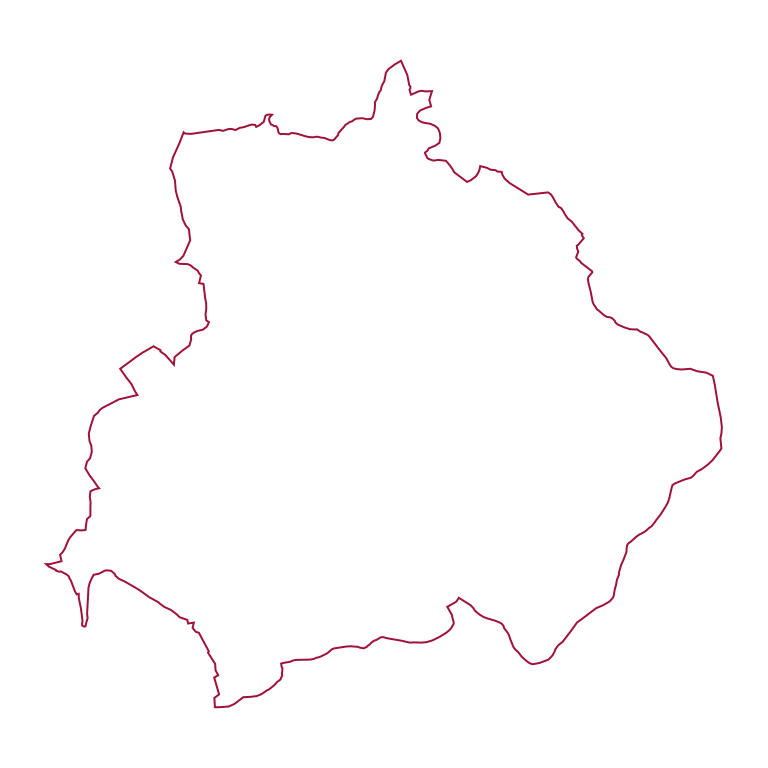 the district of Poiana Ilvei, Bistrita-Nasaud, Romania
{"feature_id": "2599482B95786462044343", "entity_name": "Poiana Ilvei", "entity_type": "district", "adm_level": 2, "iso_a3": "ROU", "parent_name": "Romania", "parent_adm1": "Bistrita-Nasaud", "projection": "orthographic", "projection_center": [24.751, 47.354], "detail": "fine", "context": "isolated", "style": "outline", "palette": "rose", "viewbox_px": 768, "rotation_deg": 0, "n_neighbors": 0, "source": "geoboundaries", "source_scale": "gbopen_adm2", "svg_char_len": 6031}
<svg xmlns="http://www.w3.org/2000/svg" viewBox="0 0 768 768"><path d="M214.9,707.2L219.2,707.2L228.8,706.5L234.5,703.9L243.3,697.2L251.2,696.8L256.5,696.1L261.4,694.2L267.0,690.3L269.0,689.4L274.5,685.0L277.1,682.0L280.5,679.5L281.1,677.7L282.2,675.7L281.9,673.4L282.3,671.3L282.4,668.1L281.7,667.0L281.1,663.6L282.9,663.0L290.0,661.8L293.1,660.5L296.2,659.9L310.1,659.6L314.0,658.9L316.6,657.6L318.1,657.5L321.0,656.4L326.1,653.9L328.1,652.6L331.6,649.5L334.0,648.4L346.5,646.5L350.9,646.3L357.5,646.8L360.6,647.8L363.8,648.3L366.7,646.9L367.9,645.6L369.8,644.5L371.2,642.8L373.7,640.9L376.9,639.7L380.4,637.5L382.0,637.2L383.1,637.1L386.8,638.2L402.0,640.8L409.6,642.6L414.1,642.4L422.0,642.6L426.7,642.1L432.4,640.4L439.5,636.9L445.9,633.0L448.9,630.6L451.2,628.2L453.5,624.1L453.7,622.8L453.5,621.5L452.3,617.4L452.0,615.1L447.3,606.8L455.8,602.0L456.8,601.0L458.8,597.8L470.7,605.3L473.7,608.5L474.5,610.1L475.7,611.4L479.3,614.4L483.0,616.7L486.6,618.2L495.5,620.8L500.4,622.9L501.8,623.8L503.6,626.1L503.9,627.6L504.5,628.7L507.2,632.1L508.8,634.7L510.5,639.8L513.6,647.4L515.5,649.7L518.2,652.1L521.7,656.7L526.2,660.7L528.6,662.6L531.8,664.1L533.4,664.1L539.4,663.0L548.5,659.6L552.8,655.1L553.0,654.5L554.4,652.0L555.4,649.3L557.7,646.0L559.0,644.6L562.5,642.0L570.5,631.6L577.1,622.4L582.7,618.4L596.1,608.2L602.7,605.4L608.9,601.9L610.5,600.5L612.7,598.0L613.4,596.7L613.8,595.3L614.8,589.2L616.0,585.1L616.9,579.9L618.9,574.9L619.0,572.3L621.2,564.9L623.4,559.9L626.3,552.4L626.5,551.5L626.6,548.3L627.1,545.2L627.7,544.2L628.9,543.0L630.4,542.0L636.0,537.0L639.1,534.7L643.1,532.7L646.2,530.6L648.8,528.2L651.6,526.2L654.3,522.9L656.0,520.4L660.7,514.3L665.1,507.4L667.8,502.7L669.3,498.2L671.6,488.0L672.5,485.1L674.3,483.8L677.8,482.2L685.2,479.3L691.0,477.7L693.6,475.5L696.8,471.8L702.1,468.9L708.2,464.3L712.6,460.1L720.2,450.3L721.4,448.4L720.4,438.2L721.4,433.4L721.9,427.3L720.7,417.2L717.6,402.3L714.8,384.9L712.9,375.9L706.5,372.7L697.0,371.2L690.4,368.8L681.4,369.5L676.3,369.0L673.2,368.2L671.3,366.8L669.8,364.7L666.2,358.1L659.8,350.2L649.6,336.8L647.8,335.0L642.0,332.2L640.8,331.9L636.8,329.3L635.3,329.5L629.9,329.2L624.1,327.3L617.5,324.4L615.7,322.8L614.7,320.7L611.8,318.0L610.2,317.4L606.8,316.8L605.8,316.3L603.6,314.9L598.5,310.4L596.8,309.3L595.3,306.7L593.7,304.5L592.6,301.7L590.7,291.7L588.5,283.1L587.9,279.1L588.4,277.0L592.3,272.3L592.0,271.2L581.3,263.0L580.1,261.3L576.9,258.7L576.1,257.3L578.3,251.5L577.1,248.6L576.8,245.7L578.2,244.8L583.8,238.2L581.8,235.2L582.5,233.9L578.7,230.4L571.8,221.7L567.5,218.2L564.7,214.0L563.6,211.6L560.9,207.9L558.6,206.9L555.8,202.7L552.3,196.3L550.7,194.2L548.0,192.4L528.2,194.6L509.8,183.2L504.6,178.6L502.2,174.4L501.7,171.9L497.2,171.5L495.7,170.2L490.6,169.7L486.9,167.8L480.2,166.1L479.5,169.7L478.1,173.0L476.2,176.0L470.9,180.2L467.0,181.9L454.1,172.2L452.6,169.2L449.9,165.4L445.9,160.8L438.3,159.9L433.5,160.6L428.8,159.0L427.4,158.1L425.0,153.2L425.1,152.5L427.2,150.9L428.9,148.3L435.0,145.8L439.4,142.9L440.4,138.0L439.8,132.8L438.1,128.5L434.9,125.8L430.0,123.7L424.0,122.8L421.6,122.0L418.6,120.4L417.0,118.0L417.1,114.1L419.0,111.6L420.5,110.3L426.5,107.7L431.1,106.4L429.3,99.7L432.0,91.1L425.9,91.4L421.2,90.8L418.6,91.4L411.0,94.7L409.5,89.8L410.4,88.2L410.4,86.5L409.3,85.3L407.3,75.0L401.0,60.8L394.8,64.4L388.5,69.1L385.9,72.7L384.3,81.2L382.1,85.1L381.3,87.5L380.8,90.1L379.2,92.3L377.6,96.5L377.2,98.4L374.9,102.3L375.0,104.6L374.6,110.4L373.0,116.8L371.0,119.0L367.0,119.2L362.3,118.2L356.3,118.6L353.8,119.9L352.1,121.3L349.8,122.0L345.3,125.0L343.8,127.1L338.5,133.0L338.1,135.0L334.6,139.1L333.3,140.2L331.9,140.4L330.2,140.2L324.5,138.0L320.4,137.5L318.5,136.9L316.3,136.7L313.2,137.3L309.2,137.1L305.1,136.2L297.8,133.9L294.1,133.2L291.5,133.0L288.8,134.3L282.8,133.9L280.9,134.2L279.2,133.4L278.4,132.1L277.8,128.9L276.8,126.8L276.1,126.1L274.0,126.1L272.3,124.9L271.0,124.5L269.3,120.9L269.1,118.7L269.6,117.4L272.0,114.8L269.6,114.5L267.0,114.9L265.7,115.5L265.0,116.9L264.7,118.6L263.7,121.9L259.0,125.5L256.2,126.9L255.3,125.0L252.4,124.6L250.3,124.9L244.3,127.0L239.7,127.9L235.6,130.0L231.3,128.9L228.3,129.1L222.9,130.9L219.1,129.9L191.0,133.9L184.9,133.5L183.6,132.3L179.8,142.3L173.0,157.4L170.1,168.5L172.2,171.5L175.0,180.7L175.7,190.4L177.4,197.1L180.8,206.9L181.0,209.8L181.5,212.8L182.2,215.7L182.7,219.1L185.3,224.7L186.2,226.1L188.9,229.1L189.9,238.4L190.3,240.0L183.4,255.8L179.9,259.5L175.8,262.0L179.4,263.8L187.6,264.1L190.5,265.3L193.7,268.0L197.5,270.5L199.0,273.1L200.9,275.5L199.1,283.2L203.5,283.9L205.3,299.1L206.1,302.5L206.3,308.4L205.5,314.6L206.3,320.4L208.9,322.1L208.0,324.4L206.7,326.8L202.8,329.7L197.2,331.0L193.7,332.7L192.1,334.0L191.1,335.4L191.0,338.0L191.2,339.3L189.4,345.6L182.5,350.5L174.6,357.1L173.9,364.7L165.3,354.9L160.4,351.5L160.6,350.3L153.5,346.3L141.8,353.1L135.7,357.3L120.2,368.8L126.4,377.6L131.5,384.2L135.1,391.5L137.4,395.0L119.0,399.3L102.8,407.7L99.9,409.8L97.8,412.8L94.0,415.9L90.6,426.4L88.8,433.7L89.5,441.1L91.3,445.6L91.8,451.8L90.1,458.2L87.0,461.7L85.3,468.2L89.3,475.0L93.4,480.4L97.5,486.4L99.1,488.3L95.3,489.1L90.5,491.2L89.8,496.5L90.6,502.6L90.4,506.2L90.4,516.0L87.1,519.0L86.5,521.5L85.5,530.0L81.6,530.4L76.3,530.1L70.2,537.2L68.3,540.3L64.8,548.8L62.5,552.3L60.1,554.8L61.5,561.2L50.0,564.1L46.1,564.1L49.0,566.7L55.9,570.0L56.1,570.7L59.1,571.7L60.8,571.4L67.0,574.7L68.8,576.4L69.7,578.9L70.9,580.6L74.9,591.2L76.7,594.4L78.7,593.8L78.8,598.1L80.9,608.2L82.3,619.1L82.5,620.9L82.1,623.9L82.2,625.5L83.8,626.5L85.4,626.4L86.3,622.6L87.6,618.2L87.1,613.7L88.5,587.6L89.7,582.9L92.4,577.0L93.7,574.8L99.0,573.7L104.5,570.8L106.8,570.3L111.1,570.8L114.8,574.0L115.6,576.0L119.2,579.0L124.2,581.2L134.8,587.3L140.5,590.8L149.1,597.1L158.3,602.2L159.8,603.6L164.1,606.8L170.8,609.9L176.6,614.2L179.6,617.2L187.3,619.9L188.1,623.5L193.8,622.6L192.6,627.9L195.8,631.8L198.9,632.8L208.8,651.3L208.0,652.7L215.2,663.9L215.5,670.2L218.2,675.3L214.2,677.5L219.1,694.4L214.4,697.9L214.9,707.2Z" fill="none" stroke="#9f1239" stroke-width="2"/></svg>